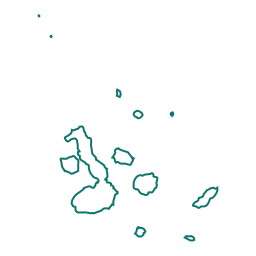 the border of Galápagos
{"feature_id": "ECU-1270", "entity_name": "Galápagos", "entity_type": "Province", "adm_level": 1, "iso_a3": "ECU", "parent_name": "Ecuador", "parent_adm1": "", "projection": "robinson", "projection_center": [-90.747, 0.131], "detail": "fine", "context": "isolated", "style": "outline", "palette": "teal", "viewbox_px": 256, "rotation_deg": 0, "n_neighbors": 0, "source": "natural_earth", "source_scale": "10m", "svg_char_len": 5378}
<svg xmlns="http://www.w3.org/2000/svg" viewBox="0 0 256 256"><path d="M116.4,191.3L117.0,191.7L117.4,191.7L117.6,191.9L117.7,193.1L117.4,193.5L115.8,194.2L115.3,194.6L113.2,201.8L113.5,203.6L113.4,204.9L112.0,204.4L111.2,205.7L109.5,207.8L108.8,208.9L107.7,208.4L106.6,208.3L104.6,208.4L103.3,208.8L101.3,210.6L93.8,213.3L92.4,213.0L91.4,213.3L85.5,212.4L78.2,212.5L76.9,212.0L75.9,210.9L75.6,210.2L75.5,209.4L75.5,207.7L75.3,206.8L74.7,206.6L73.9,206.6L73.2,206.4L71.6,203.5L72.2,200.2L74.0,197.0L75.9,194.8L83.5,189.3L83.8,188.7L83.8,188.2L84.0,187.9L85.0,187.7L86.7,187.0L89.0,186.3L89.7,186.3L90.4,186.5L90.8,186.8L91.1,187.1L91.5,187.3L92.6,187.8L93.3,187.8L93.9,187.5L94.3,187.1L94.9,186.0L95.3,185.8L95.3,185.0L95.9,183.5L96.8,182.3L97.7,182.8L98.5,181.5L98.6,180.4L98.1,179.5L97.3,178.7L96.4,178.2L94.5,177.6L93.7,177.2L92.2,175.6L90.6,173.3L89.4,170.6L88.8,168.2L88.9,166.0L88.7,165.3L87.9,164.6L87.4,164.4L86.5,164.3L86.1,164.1L85.9,163.8L85.3,162.6L81.3,160.2L79.8,158.4L79.9,156.0L78.6,155.2L77.8,153.6L77.9,152.0L79.5,151.5L78.3,149.6L77.8,148.5L77.7,147.3L77.7,144.7L77.6,144.1L77.3,142.9L77.3,142.2L76.7,139.8L75.3,138.5L73.3,138.5L71.0,139.4L68.8,141.2L67.6,141.5L66.3,140.7L65.0,138.7L64.8,138.2L65.0,137.5L65.3,137.2L65.8,137.0L70.2,134.2L71.4,132.8L71.9,129.9L73.5,130.4L74.8,130.0L76.0,129.3L78.1,128.7L78.6,128.1L79.0,127.4L79.5,126.8L80.2,126.6L81.5,126.6L82.1,126.4L83.2,127.4L83.7,129.1L83.9,130.7L84.2,131.4L85.0,132.1L85.8,135.2L86.3,135.9L86.8,136.2L87.7,137.6L88.1,137.9L89.5,138.0L90.2,138.2L90.6,138.4L91.1,139.7L91.2,141.5L91.0,145.0L92.2,153.2L92.9,154.4L95.6,157.2L95.9,157.5L95.9,158.0L95.9,158.8L96.1,159.7L96.6,160.0L97.0,160.1L97.2,160.3L103.9,165.1L104.3,165.9L104.5,166.6L104.9,167.2L105.7,168.2L106.0,168.4L107.0,168.7L107.1,169.1L106.9,169.5L106.7,169.9L106.6,170.1L107.2,172.9L107.5,176.0L107.1,177.4L105.4,179.1L104.8,180.2L106.3,179.1L106.7,179.8L106.7,181.1L107.0,182.3L109.8,182.8L111.1,183.6L111.0,185.3L111.9,185.4L112.7,185.8L113.3,186.5L113.7,187.3L113.3,188.3L114.2,188.7L116.4,191.3ZM156.6,177.2L157.4,178.0L157.2,179.7L156.4,182.8L156.4,183.6L156.8,184.7L156.9,185.5L156.7,185.7L156.2,187.4L156.2,187.7L155.1,188.2L154.3,189.4L153.6,190.7L152.8,191.8L152.2,192.3L151.9,192.4L148.7,192.3L148.4,192.6L148.1,194.0L147.2,194.7L146.1,195.0L144.9,194.8L142.6,194.0L141.2,193.7L140.8,193.3L140.5,193.0L140.2,192.8L139.7,192.3L138.3,190.0L137.7,189.3L136.8,189.4L135.6,189.1L134.4,188.5L133.7,187.7L133.6,186.8L133.7,183.2L134.1,181.3L134.8,179.5L135.8,178.0L136.8,176.7L137.4,176.3L139.2,175.4L139.9,175.2L140.7,175.2L142.1,175.6L142.6,175.7L143.2,175.5L144.0,174.9L144.4,174.7L150.5,173.9L151.9,173.1L152.3,173.3L152.7,173.5L153.1,173.9L153.3,174.2L153.5,174.9L153.4,175.7L153.5,176.4L154.0,176.7L154.6,176.8L155.9,177.1L156.6,177.2ZM78.2,170.9L77.5,171.3L73.0,173.4L71.9,173.7L71.2,173.7L70.6,173.5L69.3,172.4L68.1,172.1L66.1,171.2L65.8,171.1L65.1,171.2L64.8,171.2L64.5,170.9L64.5,170.7L64.5,170.4L64.4,170.1L63.3,168.8L62.4,167.3L61.9,165.7L61.4,162.3L60.6,159.5L60.8,158.6L66.5,158.8L68.9,157.4L71.9,156.6L73.4,156.0L73.8,156.1L74.6,156.6L76.9,159.2L77.5,159.6L78.3,160.3L78.4,161.8L78.2,164.6L78.2,170.9ZM214.0,188.0L214.8,188.6L215.6,188.6L216.5,188.2L217.3,187.7L217.4,190.5L216.2,193.5L214.4,196.1L212.4,197.9L210.1,198.6L209.8,199.1L209.7,199.8L208.9,201.9L207.6,204.2L206.7,205.2L205.8,205.9L204.7,206.3L203.8,206.4L201.5,206.4L200.9,206.6L199.5,207.7L198.6,207.9L198.0,207.7L196.6,206.7L196.0,206.4L193.7,206.0L193.1,205.7L193.0,205.0L193.4,204.2L194.2,203.1L194.7,202.5L197.3,201.2L198.2,200.4L198.9,197.9L199.5,197.8L202.2,197.0L203.0,196.2L204.0,193.8L204.6,193.0L206.3,191.2L206.6,190.5L207.2,190.1L209.5,189.1L210.2,188.3L211.2,188.3L213.2,187.7L214.0,188.0ZM132.4,158.6L133.3,159.2L132.9,160.5L131.5,162.9L131.0,164.4L129.8,164.8L128.4,164.6L125.6,163.7L121.1,163.7L119.8,163.2L118.6,162.4L117.4,161.9L116.0,162.6L115.1,161.4L114.7,159.5L114.0,157.9L112.4,157.6L115.1,153.3L115.3,152.3L114.9,151.0L115.4,149.7L116.5,148.8L117.7,148.5L118.2,148.9L118.4,148.9L118.6,148.5L119.9,149.5L124.3,151.2L125.9,151.5L128.0,152.4L131.4,156.7L133.3,158.1L133.0,158.2L132.8,158.3L132.4,158.6ZM144.4,229.8L144.5,230.0L144.8,230.3L145.1,230.6L145.3,231.1L145.3,231.6L145.1,231.9L144.9,232.1L144.9,232.3L144.7,232.6L143.8,232.9L143.5,233.1L143.5,233.4L143.6,234.3L143.5,234.6L143.2,235.1L141.0,236.5L140.6,236.7L138.2,236.3L137.3,235.5L136.4,234.5L135.1,233.6L135.7,232.8L136.2,231.9L136.6,230.8L137.1,228.6L137.7,227.5L138.5,227.1L139.1,228.1L140.3,227.7L142.1,228.1L143.7,228.9L144.4,229.8ZM135.7,116.8L135.1,116.6L134.5,116.0L134.0,115.3L133.7,114.8L133.9,113.1L134.9,111.9L136.3,111.1L137.7,110.8L139.2,111.3L140.8,112.2L142.0,113.3L142.6,114.8L142.2,115.9L141.0,117.1L139.6,118.0L138.2,118.3L137.4,118.0L136.6,117.0L135.7,116.8ZM191.0,236.1L192.8,236.8L194.1,238.3L194.2,239.9L192.2,240.6L190.1,240.3L184.8,237.6L186.2,236.1L187.2,236.3L190.2,236.3L191.0,236.1ZM117.3,89.6L120.0,91.3L120.8,94.6L119.7,97.0L116.8,95.7L117.3,94.1L116.8,91.0L117.3,89.6ZM171.9,112.5L172.2,112.4L172.8,112.5L173.2,113.6L173.1,114.8L172.7,115.3L172.7,114.5L172.2,114.3L171.5,114.6L171.5,115.2L171.0,114.9L170.7,113.9L171.0,113.1L171.9,112.5ZM51.0,35.8L51.3,35.9L51.6,36.5L51.5,36.8L51.1,37.1L50.8,36.9L50.6,36.5L50.6,36.1L51.0,35.8ZM38.6,15.8L38.9,15.4L39.3,15.7L39.3,16.3L38.9,16.4L38.6,15.8Z" fill="none" stroke="#0f766e" stroke-width="2"/></svg>